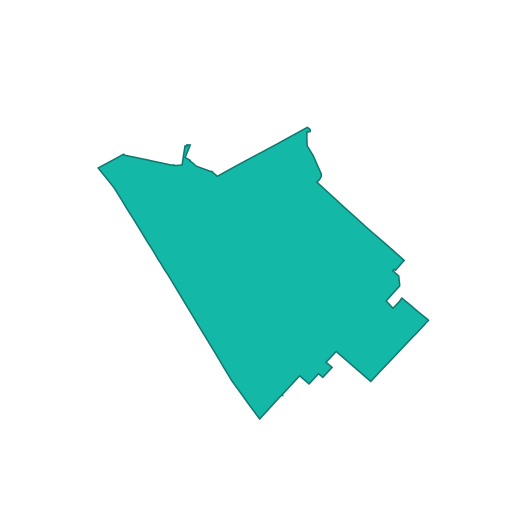 Cerchezu, Constanta, Romania (Natural Earth projection), rotated 32°
{"feature_id": "2599482B21562534205854", "entity_name": "Cerchezu", "entity_type": "district", "adm_level": 2, "iso_a3": "ROU", "parent_name": "Romania", "parent_adm1": "Constanta", "projection": "natural_earth1", "projection_center": [28.101, 43.844], "detail": "fine", "context": "isolated", "style": "filled", "palette": "teal", "viewbox_px": 512, "rotation_deg": 32, "n_neighbors": 0, "source": "geoboundaries", "source_scale": "gbopen_adm2", "svg_char_len": 3554}
<svg xmlns="http://www.w3.org/2000/svg" viewBox="0 0 512 512"><g transform="rotate(32 256 256)"><path d="M75.5,265.0L76.5,265.4L82.7,267.5L83.2,267.7L86.3,268.7L92.0,270.7L99.3,273.3L104.8,276.0L111.6,279.3L119.0,283.1L124.7,285.9L130.4,288.6L137.1,291.9L143.6,295.1L148.7,297.7L155.9,301.4L161.1,303.8L166.7,306.5L175.6,311.2L178.9,312.6L184.0,315.3L190.6,318.3L192.0,319.0L198.2,322.1L205.4,325.8L210.3,328.3L213.9,330.1L219.9,333.2L224.1,335.3L228.3,337.4L231.2,338.9L234.0,340.3L239.4,343.1L244.4,345.6L250.1,348.5L253.3,350.1L255.2,351.0L257.7,352.3L260.9,353.9L262.2,354.6L266.2,356.6L272.0,359.5L280.4,363.8L284.6,366.0L288.0,367.8L293.8,370.7L301.5,374.6L307.1,376.9L312.6,379.1L316.8,380.8L318.3,381.4L325.2,384.3L332.2,387.1L345.5,392.3L348.0,378.7L348.5,375.9L351.3,360.8L351.7,360.9L351.9,360.7L352.0,360.4L352.6,360.1L351.7,359.3L352.5,355.4L353.8,348.5L355.2,341.5L356.5,334.5L368.8,336.4L371.4,322.7L377.0,323.5L377.0,323.4L379.6,310.1L371.7,309.0L371.8,308.6L372.3,306.0L374.6,294.5L419.8,301.6L422.5,287.8L425.4,273.8L430.0,250.7L431.5,243.2L431.9,241.3L432.4,239.5L432.9,237.1L433.4,234.6L433.9,232.0L434.8,227.7L434.8,227.4L435.4,224.5L435.5,223.8L435.5,222.9L435.4,222.7L435.5,222.2L435.7,221.7L435.9,221.1L436.3,219.9L436.4,219.6L436.5,219.3L436.4,219.2L436.1,219.0L434.4,218.7L432.8,218.5L429.7,218.2L426.7,217.8L424.0,217.5L420.4,217.0L416.5,216.4L414.4,216.0L408.1,215.2L402.2,214.4L401.9,214.4L401.8,216.3L401.8,218.4L400.9,222.7L400.0,227.0L399.7,227.7L394.9,226.4L391.0,225.3L390.2,225.1L392.5,211.9L393.7,205.4L393.3,204.5L391.4,202.1L390.8,201.4L389.1,199.2L387.7,197.3L387.2,197.2L383.0,196.6L381.5,196.3L379.9,196.1L380.0,195.3L380.0,195.2L380.1,194.2L381.8,194.3L382.9,187.9L383.3,185.1L384.0,181.2L381.1,180.7L377.2,180.0L375.1,179.7L371.8,179.1L369.2,178.6L367.6,178.3L365.7,178.1L364.7,177.9L360.4,177.2L353.4,176.1L350.1,175.6L346.9,175.1L343.4,174.6L339.7,174.0L336.5,173.5L336.4,173.5L335.5,173.3L334.6,173.2L331.9,172.7L329.0,172.1L327.1,171.8L325.3,171.5L319.9,170.5L314.8,169.6L311.8,169.1L309.9,168.8L308.5,168.5L308.4,168.5L307.9,168.4L307.1,168.3L306.0,168.1L299.1,166.8L292.8,165.6L291.3,165.3L289.0,164.9L286.1,164.4L283.5,163.9L281.4,163.5L279.9,163.2L278.1,162.9L268.5,161.1L269.4,157.6L269.2,153.8L268.0,151.9L264.3,149.4L252.5,141.4L250.6,140.2L244.9,137.4L242.9,136.4L241.2,135.7L240.2,134.3L238.5,131.8L236.5,128.8L235.3,126.8L234.2,125.1L233.8,124.4L233.4,123.6L234.0,123.2L234.6,123.1L235.5,122.4L235.9,121.8L235.9,121.2L235.0,120.2L234.3,119.9L232.9,119.8L231.6,119.7L231.3,119.8L231.2,120.0L228.6,124.6L225.7,129.8L222.2,136.0L221.3,137.6L218.0,143.5L217.5,144.3L217.4,144.7L217.4,144.8L216.6,146.1L212.8,152.8L210.4,156.9L207.7,161.7L206.2,164.4L205.5,165.5L204.7,167.0L203.7,168.6L203.2,169.6L202.5,170.7L201.9,171.8L200.6,174.0L200.2,174.8L199.4,176.1L198.0,178.5L196.3,181.5L194.1,185.4L193.8,185.9L187.8,196.6L183.7,204.0L181.0,208.8L180.9,208.9L178.6,208.5L177.1,208.3L175.6,208.1L174.7,207.9L174.1,207.5L173.9,207.6L174.1,207.9L174.2,208.0L164.7,210.0L157.8,211.5L153.4,210.8L153.0,210.6L152.0,210.6L149.7,210.4L149.6,209.8L143.7,210.0L141.4,196.7L138.5,198.3L139.0,199.8L137.5,200.3L141.2,209.1L145.0,217.8L145.1,218.0L140.3,221.6L138.8,222.5L138.7,222.3L138.6,222.2L138.3,222.2L138.2,222.3L137.2,222.9L136.4,223.5L136.0,223.7L135.6,223.9L131.4,225.4L125.6,227.5L121.5,229.0L120.9,229.2L117.2,230.6L116.3,230.9L113.4,231.9L109.8,233.2L108.4,233.8L105.3,234.9L102.3,236.0L91.0,240.2L89.9,239.7L89.8,239.8L84.5,249.2L75.5,265.0Z" fill="#14b8a6" stroke="#0f766e" stroke-width="1.5"/></g></svg>